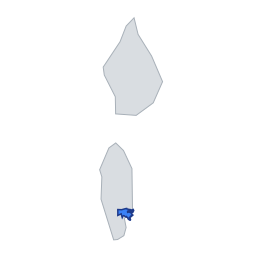 Anoamaa East, Atua, Samoa (highlighted), rotated 73°
{"feature_id": "51752279B65855420318415", "entity_name": "Anoamaa East", "entity_type": "district", "adm_level": 2, "iso_a3": "WSM", "parent_name": "Samoa", "parent_adm1": "Atua", "projection": "albers", "projection_center": [-171.579, -13.925], "detail": "fine", "context": "in_parent", "style": "filled", "palette": "blue", "viewbox_px": 256, "rotation_deg": 73, "n_neighbors": 0, "source": "geoboundaries", "source_scale": "gbopen_adm2", "svg_char_len": 2508}
<svg xmlns="http://www.w3.org/2000/svg" viewBox="0 0 256 256"><g transform="rotate(73 128 128)"><path d="M93.8,81.4L111.3,96.5L118.3,116.5L110.9,135.7L94.4,131.0L70.4,135.2L62.5,133.9L43.2,110.4L29.9,99.9L24.4,90.0L41.4,91.0L66.1,84.4L93.8,81.4ZM230.8,174.4L188.2,174.6L167.1,167.3L159.6,167.3L141.5,152.1L138.7,144.1L148.2,138.9L168.0,136.1L207.5,147.6L213.5,157.9L222.6,158.9L229.7,163.4L231.6,170.6L230.8,174.4Z" fill="#d9dde1" stroke="#a8b0b8" stroke-width="1"/><path d="M208.6,163.3L208.1,159.6L209.4,159.7L210.9,159.7L211.8,159.7L212.0,159.7L211.8,159.5L211.5,159.2L211.2,159.0L211.0,158.8L210.8,158.6L210.6,158.3L210.5,158.0L210.5,157.8L210.6,157.6L210.7,157.4L211.1,157.1L212.3,156.3L212.2,155.4L213.0,155.3L213.2,154.9L213.3,154.7L213.5,154.6L213.8,154.6L214.0,154.6L214.9,154.5L215.5,154.2L216.1,153.7L216.5,153.3L216.4,153.2L216.5,153.2L216.6,152.9L216.7,152.7L216.4,152.6L216.3,152.4L216.2,152.4L215.9,152.4L215.7,152.4L215.4,152.4L215.4,152.5L215.5,152.5L215.4,152.7L215.3,152.8L215.2,152.8L214.8,152.8L214.7,152.8L214.4,152.8L214.2,152.8L214.2,152.7L213.9,152.5L213.8,152.4L213.8,152.2L213.7,152.0L213.8,151.9L213.8,151.7L214.0,151.5L214.0,151.4L214.1,151.2L214.3,151.1L214.2,151.1L213.9,151.2L213.6,151.3L213.4,151.3L213.3,151.2L213.4,150.9L213.4,150.6L213.4,150.4L213.2,150.2L213.1,150.3L213.1,150.2L212.9,150.3L212.8,150.2L212.7,150.2L212.7,149.9L212.8,149.7L212.8,149.4L212.8,149.2L212.7,148.9L212.6,149.0L212.4,149.3L212.3,149.5L212.1,149.6L211.9,149.6L211.7,149.5L211.7,149.4L211.5,149.5L211.4,149.6L211.2,149.7L211.0,149.8L210.9,149.7L210.7,149.7L210.4,149.6L210.2,149.5L210.0,149.8L210.0,149.7L210.2,149.3L210.2,149.1L210.2,148.7L210.1,148.3L209.8,147.8L209.7,147.6L209.4,147.5L209.2,147.6L209.1,147.8L209.2,148.1L209.2,148.3L209.2,148.6L208.9,149.1L208.7,149.5L208.6,149.9L208.5,150.2L208.5,150.8L208.6,153.0L208.4,153.0L208.1,153.0L207.8,152.9L207.7,152.8L207.5,152.7L207.4,152.6L207.4,152.4L207.4,150.8L207.4,150.1L207.5,149.7L207.8,149.3L208.0,149.0L208.1,148.7L208.3,148.2L208.5,147.8L208.6,147.5L208.7,147.2L208.8,147.0L208.8,146.8L208.7,146.7L208.4,146.7L208.2,146.7L207.9,146.9L207.7,146.8L207.4,146.8L207.4,147.0L207.4,147.4L207.5,148.0L207.5,148.3L207.4,148.5L207.3,148.9L207.1,149.1L207.0,149.4L206.8,149.5L206.6,149.7L206.6,149.8L206.5,150.1L206.4,150.3L205.5,152.0L205.2,152.5L204.9,152.9L204.6,152.8L204.5,153.1L204.4,153.3L204.4,153.7L204.4,154.0L204.3,156.4L204.3,157.9L203.0,161.6L207.4,162.9L208.6,163.3Z" fill="#3b82f6" stroke="#1e3a8a" stroke-width="1.5"/></g></svg>